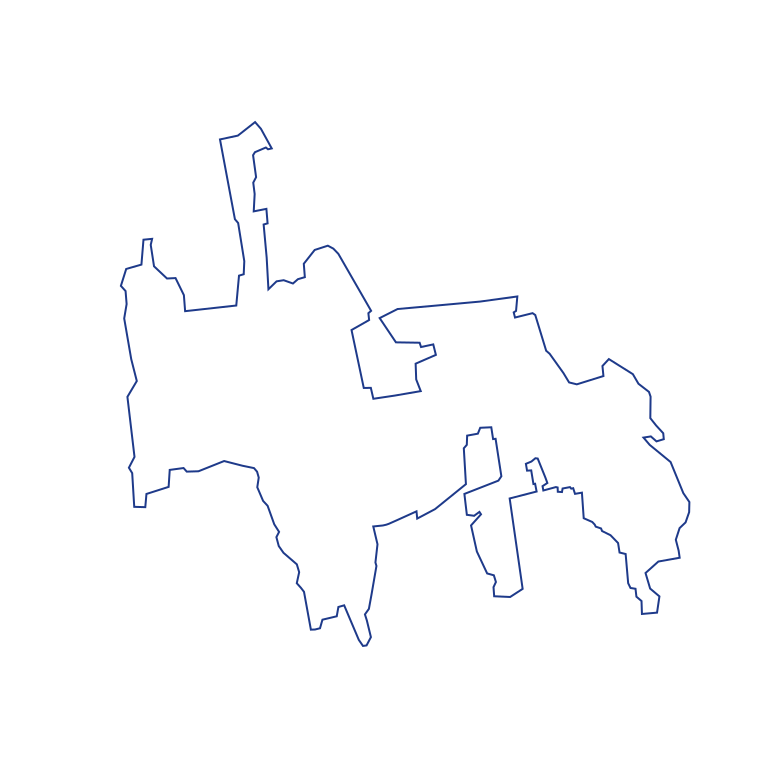 outline of Shakhrisabz city, Kashkadarya, Uzbekistan, rotated 77°
{"feature_id": "79887680B15767509154771", "entity_name": "Shakhrisabz city", "entity_type": "district", "adm_level": 2, "iso_a3": "UZB", "parent_name": "Uzbekistan", "parent_adm1": "Kashkadarya", "projection": "equal_earth", "projection_center": [66.838, 39.072], "detail": "fine", "context": "isolated", "style": "outline", "palette": "blue", "viewbox_px": 768, "rotation_deg": 77, "n_neighbors": 0, "source": "geoboundaries", "source_scale": "gbopen_adm2", "svg_char_len": 3020}
<svg xmlns="http://www.w3.org/2000/svg" viewBox="0 0 768 768"><g transform="rotate(77 384 384)"><path d="M318.7,320.0L314.0,353.9L318.8,373.4L346.1,363.0L351.8,340.0L356.3,339.6L356.5,327.1L367.3,326.9L371.3,348.6L386.8,351.6L399.2,349.8L397.7,376.2L396.0,397.7L384.8,397.7L383.3,404.6L324.1,403.5L318.3,384.1L311.5,383.3L309.8,380.1L246.9,399.2L240.7,402.9L236.6,407.6L237.8,421.4L248.8,435.1L262.1,437.1L262.5,444.3L265.6,450.1L260.3,458.4L259.8,465.6L265.7,475.3L234.5,469.9L201.5,465.4L201.3,461.3L186.9,459.2L186.5,472.1L169.8,467.3L158.4,466.1L153.7,462.1L131.6,460.1L129.1,457.6L127.0,445.9L129.2,444.2L129.2,440.4L107.7,446.5L99.8,450.7L109.1,470.5L108.8,488.8L189.9,492.2L194.3,489.9L232.9,492.5L245.5,496.0L245.8,500.9L274.3,510.3L268.3,561.4L252.4,559.0L233.9,563.3L232.4,571.7L217.6,581.6L196.0,580.0L190.4,577.3L189.3,585.9L213.1,593.5L213.9,609.3L229.2,618.3L235.3,614.9L248.2,616.8L261.7,622.4L302.9,624.7L325.5,624.2L338.8,636.9L398.9,643.5L408.2,651.4L414.2,649.4L447.5,655.0L450.3,644.3L437.7,640.2L435.8,617.0L419.5,612.1L420.8,598.2L425.0,595.9L427.3,584.4L423.1,557.1L431.8,540.3L436.7,529.6L440.9,527.4L447.0,527.1L456.1,530.7L470.7,528.1L476.5,524.8L496.0,522.5L504.5,519.5L509.0,523.3L518.2,523.0L525.9,519.9L540.1,509.5L548.3,509.0L558.5,513.8L563.9,510.8L568.5,508.7L606.9,510.5L607.7,506.5L607.6,501.3L599.8,497.0L599.7,482.3L591.0,478.6L590.7,472.6L627.7,466.1L634.5,463.4L634.8,459.8L627.7,453.7L610.6,453.9L604.2,454.4L599.7,449.3L585.8,443.3L559.6,432.3L556.0,432.5L538.7,426.4L520.4,426.5L521.6,416.9L521.6,413.4L521.3,410.7L519.7,402.4L515.4,381.0L517.8,381.3L522.6,381.9L517.4,362.4L500.0,326.7L464.6,320.7L461.9,317.0L453.0,314.6L453.4,306.3L453.5,303.7L448.3,300.1L450.3,289.2L462.2,290.1L462.5,287.6L500.3,290.4L503.9,294.3L507.3,317.5L509.2,330.4L530.1,332.7L532.6,326.0L532.7,325.9L530.1,319.8L532.8,318.8L540.6,329.9L541.4,331.0L542.9,331.0L568.1,331.2L591.8,326.1L595.1,320.0L602.1,319.5L606.6,323.0L615.6,324.4L619.9,309.0L614.8,295.0L523.8,287.3L523.1,259.5L515.2,259.2L515.1,260.9L501.3,260.0L500.6,264.1L493.7,263.7L492.7,257.8L490.4,253.2L491.2,251.0L511.5,247.8L517.2,247.1L519.2,252.5L523.6,252.7L523.1,239.7L523.9,238.1L528.1,238.9L529.3,234.9L526.0,233.5L526.3,226.0L528.1,225.1L528.1,223.1L534.0,222.6L534.4,215.6L559.7,219.6L565.3,212.1L568.4,210.3L570.6,209.8L573.6,205.0L576.3,204.6L582.3,197.3L591.6,191.7L601.2,192.4L604.0,186.8L633.0,190.9L638.2,189.7L640.1,185.0L648.0,185.9L653.4,181.9L666.1,184.4L668.2,169.4L652.9,163.4L643.2,170.7L627.0,171.7L618.7,156.6L619.8,135.0L612.7,134.4L601.4,134.7L590.9,128.4L586.7,121.3L577.5,115.5L567.7,113.0L557.7,116.9L524.5,122.3L503.1,138.8L494.6,143.2L495.1,135.8L501.2,131.4L500.7,123.8L494.8,123.0L485.6,128.2L477.2,132.2L456.3,127.1L451.3,127.6L441.0,136.0L430.4,139.3L410.3,159.3L415.6,167.1L425.6,168.4L427.7,196.2L424.1,203.3L413.7,206.7L391.8,215.8L388.1,218.5L350.8,221.1L348.4,223.3L348.7,241.4L343.4,241.5L342.5,238.9L328.7,234.4L325.3,271.8L318.7,320.0Z" fill="none" stroke="#1e3a8a" stroke-width="2"/></g></svg>